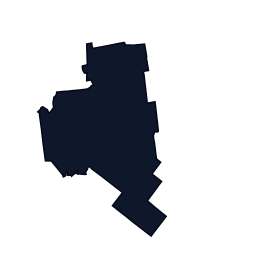 the district of Valea Argovei, Calarasi, Romania, rotated 306°
{"feature_id": "2599482B75738828080552", "entity_name": "Valea Argovei", "entity_type": "district", "adm_level": 2, "iso_a3": "ROU", "parent_name": "Romania", "parent_adm1": "Calarasi", "projection": "robinson", "projection_center": [26.781, 44.353], "detail": "fine", "context": "isolated", "style": "filled", "palette": "ink", "viewbox_px": 256, "rotation_deg": 306, "n_neighbors": 0, "source": "geoboundaries", "source_scale": "gbopen_adm2", "svg_char_len": 3860}
<svg xmlns="http://www.w3.org/2000/svg" viewBox="0 0 256 256"><g transform="rotate(306 128 128)"><path d="M70.7,210.6L79.0,210.8L79.2,205.8L79.4,201.9L79.8,195.5L80.4,187.6L81.0,186.4L91.7,186.5L95.1,186.5L96.5,186.5L100.4,186.5L104.5,186.6L104.5,185.2L104.6,184.1L104.6,183.8L104.8,177.7L104.8,176.3L104.9,174.7L104.9,174.4L119.5,174.5L119.6,173.1L119.6,171.5L119.7,170.3L119.7,170.1L120.0,168.9L128.0,161.4L131.7,158.0L135.6,153.8L136.3,153.6L136.6,153.4L137.0,152.6L137.2,152.3L137.4,152.0L137.6,151.9L137.8,151.9L138.1,152.5L138.3,152.6L138.6,152.5L138.9,152.4L139.4,152.1L139.9,151.7L140.4,151.4L140.7,151.2L141.0,151.2L141.1,151.3L141.1,151.5L141.0,152.0L140.9,152.3L141.1,152.8L141.4,153.3L142.0,153.9L143.0,154.5L143.8,153.9L144.4,153.3L144.8,153.0L146.1,151.8L147.8,150.3L149.3,149.0L152.5,146.0L154.5,144.1L154.8,144.0L155.2,143.6L156.9,142.0L157.7,141.2L158.6,140.4L158.7,140.2L159.0,140.0L159.4,139.6L159.8,139.3L160.2,138.9L161.2,138.0L162.4,136.9L163.0,136.4L164.0,135.4L165.1,134.4L159.4,129.0L163.0,125.7L164.2,124.6L166.0,122.9L167.1,122.0L168.2,120.9L171.4,118.0L173.4,116.1L174.2,115.4L175.3,114.4L175.7,114.0L178.3,111.7L178.5,111.5L179.2,110.8L179.7,110.4L180.2,109.9L181.0,109.1L182.5,107.4L183.2,107.7L184.1,108.3L186.6,110.8L189.2,108.1L192.0,105.2L193.5,103.8L193.4,103.7L194.5,102.6L195.9,101.3L196.2,101.5L196.3,101.5L198.3,99.6L205.1,92.6L205.6,92.1L205.4,91.9L205.3,91.7L204.7,91.0L204.1,90.4L203.0,89.2L202.4,88.4L202.0,88.1L201.7,87.7L201.0,86.8L199.2,84.9L198.6,84.2L197.9,83.2L197.1,82.1L196.5,81.2L196.0,80.4L194.9,78.9L194.6,78.5L194.1,77.6L193.7,77.0L193.6,76.8L193.6,76.7L193.8,76.5L194.0,76.3L194.4,75.9L194.7,75.5L195.1,75.0L195.0,74.8L195.0,74.7L193.5,73.2L192.6,72.4L191.2,71.0L182.8,63.3L181.5,62.1L180.6,61.2L171.7,52.8L173.8,50.1L174.1,49.7L174.4,49.4L175.4,48.8L171.7,45.2L156.8,56.7L155.2,57.9L151.8,55.0L151.6,54.8L151.5,54.7L151.4,54.7L151.2,54.7L150.0,55.5L148.2,57.5L147.5,58.9L147.2,59.6L146.9,60.7L146.9,60.8L148.4,62.3L145.6,64.3L141.9,66.8L145.1,69.7L143.5,72.8L142.4,75.0L141.1,74.0L140.9,73.6L140.0,73.5L139.2,73.6L136.7,72.7L135.8,72.3L133.4,69.8L131.0,67.3L130.2,66.4L125.5,61.0L124.0,59.4L122.7,57.9L121.9,57.1L121.2,56.2L120.5,55.2L116.3,50.5L115.1,49.2L114.4,49.6L113.8,50.0L113.1,50.3L112.6,50.3L112.0,50.4L111.7,50.4L111.2,50.4L110.6,50.4L109.8,50.6L109.3,49.9L107.3,51.0L104.8,52.2L103.5,53.2L103.0,53.6L102.1,54.6L101.8,55.0L100.7,55.7L98.5,55.8L97.4,55.7L96.6,55.8L95.5,55.8L94.4,55.5L94.0,55.2L93.7,55.0L93.7,54.7L94.0,54.2L94.3,53.9L94.9,53.0L95.4,51.9L95.4,51.4L95.3,50.8L95.2,50.4L95.2,49.8L95.2,47.5L95.0,46.7L94.8,46.2L93.1,45.7L91.6,46.2L89.0,45.7L88.0,45.5L88.2,47.0L87.8,47.6L87.3,48.1L84.2,51.0L82.9,52.2L81.6,53.5L79.0,56.0L77.7,57.2L77.3,57.7L76.3,58.6L74.2,60.5L70.4,64.0L68.0,66.2L65.7,68.3L65.5,68.5L57.3,76.3L52.9,80.5L56.4,85.5L56.5,85.7L56.5,85.8L56.4,86.4L56.0,86.3L54.3,92.8L52.1,101.2L51.7,102.7L51.6,102.8L51.5,103.0L50.9,103.7L50.4,104.4L51.6,105.1L52.8,105.5L53.1,105.6L53.4,105.6L53.6,105.5L54.3,104.5L55.7,104.0L56.3,104.0L56.7,104.2L56.7,104.8L54.9,106.5L54.7,106.6L54.4,107.0L54.5,107.2L54.7,107.6L55.2,108.2L55.9,108.9L56.1,109.2L56.1,109.7L56.0,110.6L55.9,110.7L60.3,111.8L60.5,111.7L60.9,111.4L61.1,111.0L61.1,110.4L61.3,110.2L61.7,110.4L62.1,110.6L62.5,111.0L63.5,112.0L64.1,112.3L64.2,112.5L63.8,112.6L63.4,112.7L62.9,112.7L62.3,112.7L61.7,112.7L61.4,112.8L61.0,113.0L60.9,113.0L60.9,113.4L61.3,114.5L61.4,114.8L62.3,115.7L63.1,117.1L64.0,118.6L65.4,120.9L66.0,121.3L67.0,119.8L67.5,119.6L68.4,119.6L69.6,119.5L70.6,119.4L71.5,119.1L73.0,118.6L74.2,119.8L73.6,123.2L73.6,126.2L73.5,132.6L73.5,135.1L73.3,140.2L73.1,147.0L72.8,155.7L72.6,161.5L56.0,161.1L55.8,165.5L55.6,169.9L55.5,173.0L55.4,175.5L55.3,179.3L55.1,182.3L54.9,185.3L54.9,185.7L54.8,187.9L54.7,192.7L54.2,210.2L59.6,210.3L70.7,210.6Z" fill="#0f172a" stroke="#020617" stroke-width="1.5"/></g></svg>